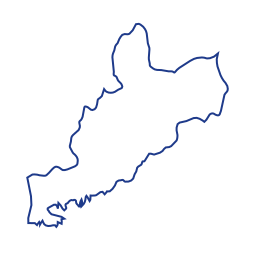 an SVG outline of Halland, rotated 275°
{"feature_id": "SWE-187", "entity_name": "Halland", "entity_type": "County", "adm_level": 1, "iso_a3": "SWE", "parent_name": "Sweden", "parent_adm1": "", "projection": "natural_earth1", "projection_center": [12.697, 56.977], "detail": "fine", "context": "isolated", "style": "outline", "palette": "blue", "viewbox_px": 256, "rotation_deg": 275, "n_neighbors": 0, "source": "natural_earth", "source_scale": "10m", "svg_char_len": 3574}
<svg xmlns="http://www.w3.org/2000/svg" viewBox="0 0 256 256"><g transform="rotate(275 128 128)"><path d="M140.8,203.5L141.9,201.8L143.4,198.6L144.1,195.5L143.6,192.5L140.0,185.6L137.9,179.0L136.2,177.1L132.7,176.4L129.9,176.6L125.3,177.9L123.4,178.0L121.6,177.9L119.8,177.5L113.7,172.6L112.6,170.7L111.9,167.3L110.2,165.7L108.1,164.4L106.2,162.0L103.8,156.3L104.4,153.0L104.2,151.3L96.7,147.5L96.2,147.0L96.1,146.4L96.1,145.8L95.9,145.4L95.1,145.1L93.2,144.7L92.6,144.4L90.4,141.5L89.2,140.6L85.4,140.0L82.4,138.6L78.1,137.6L76.0,135.8L74.7,133.2L74.3,129.9L74.5,129.2L75.6,127.9L75.8,127.4L75.7,126.5L75.2,125.1L75.1,124.3L74.9,123.4L74.2,122.3L73.3,121.2L69.6,120.0L66.0,117.9L63.3,115.3L63.0,112.5L62.2,112.2L59.9,110.5L62.2,108.2L61.7,106.1L58.3,102.2L57.9,101.0L57.5,98.0L57.5,96.6L56.8,96.6L53.2,96.7L51.9,96.1L55.5,93.7L56.8,92.5L55.6,91.9L52.9,91.8L50.6,91.4L48.5,90.5L46.3,88.8L49.6,88.8L51.2,88.5L52.7,87.9L51.1,87.2L49.3,86.8L45.6,86.8L45.6,85.8L46.8,84.9L47.6,83.9L48.5,83.1L51.1,82.4L51.7,81.5L51.7,80.5L51.2,79.6L51.3,77.8L50.5,76.4L49.2,75.3L47.9,74.5L47.7,74.1L47.3,73.4L46.8,72.7L46.0,72.4L45.0,72.6L43.2,73.4L42.4,73.4L40.4,71.7L42.0,69.8L45.0,67.7L47.3,65.2L41.6,65.2L44.2,64.0L45.3,62.7L45.1,60.9L41.5,55.6L40.9,55.0L39.7,55.1L38.9,55.8L38.1,56.6L37.3,57.0L35.4,59.3L33.7,69.5L32.1,72.4L31.3,69.7L28.7,70.2L26.8,70.2L28.2,66.2L26.9,66.3L25.6,66.3L24.4,65.9L23.3,65.2L24.7,63.9L24.6,61.9L23.8,59.5L23.4,57.0L23.8,54.6L24.9,52.9L26.5,51.8L28.2,50.9L26.2,49.7L24.2,48.8L25.0,48.7L26.6,47.7L24.2,46.2L23.4,45.8L25.1,43.5L24.6,37.0L29.6,36.5L42.8,38.5L51.6,37.3L69.8,32.0L73.3,36.8L73.6,38.8L73.6,41.6L73.2,44.0L73.1,48.4L73.2,49.1L73.2,49.5L73.8,50.8L76.6,53.3L80.2,56.0L82.0,57.6L83.0,59.0L83.2,60.1L83.0,61.5L82.5,63.0L80.8,65.8L80.4,66.8L80.6,68.8L81.5,71.3L85.2,78.5L86.6,80.1L87.9,80.7L91.0,80.8L92.7,80.5L94.5,79.6L95.8,78.5L97.0,77.2L97.8,76.0L98.7,75.1L103.8,71.8L105.1,71.6L109.5,72.3L113.1,72.4L114.7,72.8L116.4,74.0L121.7,79.0L124.3,79.9L125.9,79.9L129.0,79.0L130.1,79.0L130.9,79.5L131.8,80.4L133.1,81.1L135.2,81.8L144.6,82.7L145.4,83.0L145.7,83.4L145.7,84.2L145.5,85.2L145.2,86.1L143.0,89.5L142.8,91.0L143.8,93.1L145.6,94.4L148.9,95.1L153.3,95.4L154.3,95.9L155.3,97.2L156.6,98.4L157.6,99.2L164.7,100.8L162.8,102.5L162.2,103.6L161.6,105.7L161.6,107.9L162.0,109.9L162.9,111.8L165.3,114.9L167.2,118.2L167.8,118.5L168.8,118.7L170.1,118.2L171.3,117.5L172.1,116.7L174.0,114.4L175.0,113.6L177.2,112.5L178.0,112.0L178.4,111.4L178.8,110.6L179.1,109.7L179.6,109.2L180.6,109.0L182.7,109.0L197.1,106.3L199.2,106.3L200.9,106.6L204.2,107.6L208.0,108.1L209.0,108.5L210.0,109.0L211.5,110.2L215.9,111.6L218.3,112.8L220.3,114.2L221.3,116.5L221.3,118.4L221.4,119.8L222.0,121.2L225.8,124.2L232.1,126.9L232.7,129.7L232.1,131.4L230.2,134.3L228.0,136.3L226.1,137.5L223.8,138.4L214.1,140.4L209.6,142.3L207.9,142.5L200.1,142.6L198.2,142.8L194.3,144.0L192.3,144.3L191.6,144.7L191.0,145.4L189.5,147.8L188.7,149.6L188.4,151.8L188.6,156.1L188.0,163.5L188.2,165.8L188.2,167.1L187.9,168.0L187.3,169.2L187.6,169.8L190.3,171.8L192.4,173.9L200.3,184.1L202.6,187.7L203.8,190.7L204.7,195.4L204.7,197.5L204.5,198.9L204.3,199.6L204.2,200.8L204.4,202.0L204.7,203.6L206.6,207.5L210.1,211.1L204.3,210.4L200.6,210.9L197.1,211.8L188.8,215.5L186.0,217.2L183.5,219.1L181.4,221.2L178.4,223.3L175.7,224.0L173.9,223.9L172.4,223.1L171.1,222.1L169.5,221.2L153.2,219.1L149.5,218.1L148.8,217.5L148.4,216.6L148.5,215.4L148.9,213.9L149.6,212.6L149.9,211.6L149.9,210.6L149.5,209.5L149.0,208.7L148.4,208.1L143.1,205.4L140.8,203.5L140.8,203.5Z" fill="none" stroke="#1e3a8a" stroke-width="2"/></g></svg>